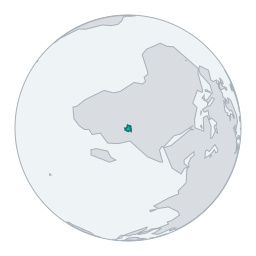 the Earth from above Tabora, rotated 88°
{"feature_id": "TZA-3359", "entity_name": "Tabora", "entity_type": "Region", "adm_level": 1, "iso_a3": "TZA", "parent_name": "United Republic of Tanzania", "parent_adm1": "", "projection": "orthographic", "projection_center": [32.512, -5.492], "detail": "coarse", "context": "on_globe", "style": "filled", "palette": "teal", "viewbox_px": 256, "rotation_deg": 88, "n_neighbors": 0, "source": "natural_earth", "source_scale": "10m", "svg_char_len": 6071}
<svg xmlns="http://www.w3.org/2000/svg" viewBox="0 0 256 256"><g transform="rotate(88 128 128)"><circle cx="128" cy="128" r="113" fill="#eef3f6" stroke="#a8b0b8"/><path d="M16.0,116.4L16.3,118.6L16.4,123.2L16.2,126.3L16.7,126.8L16.7,128.8L20.7,130.4L24.2,134.6L25.1,141.5L24.1,149.9L27.8,167.0L27.3,173.5L30.3,180.4L35.2,190.8L34.5,190.7L37.9,195.2L40.2,198.4L40.5,198.9L35.7,192.5L31.3,185.8L27.4,178.7L24.1,171.4L21.2,163.9L19.0,156.2L17.2,148.4L16.0,140.4L15.4,132.4L15.4,124.4L16.0,116.4ZM63.3,220.2L63.5,220.3L63.3,220.2ZM58.6,216.6L57.3,215.4L58.0,215.8L59.0,216.8L58.6,216.6ZM228.7,77.5L231.2,83.4L230.7,85.1L231.3,86.9L229.5,84.1L229.6,87.2L234.7,99.6L235.3,102.9L234.3,108.1L233.9,105.5L229.3,98.0L230.1,105.8L233.7,113.6L234.9,122.1L233.0,118.7L231.5,111.3L229.8,108.4L229.1,101.5L225.4,90.9L223.3,92.1L222.3,88.1L216.9,79.5L213.3,81.1L208.3,90.3L209.5,100.7L206.9,104.9L199.1,89.3L195.6,79.5L192.7,80.1L184.7,71.8L170.7,70.5L168.7,68.1L166.1,69.1L160.4,66.6L157.5,62.8L154.0,63.0L162.0,73.1L165.7,73.0L168.8,69.3L170.3,73.0L175.8,76.6L169.6,85.3L148.9,93.1L147.0,85.5L131.7,65.8L132.2,63.6L132.1,63.4L131.9,63.0L130.5,66.4L127.8,62.8L135.9,76.0L137.2,82.0L148.6,93.6L147.5,94.8L151.2,97.3L163.1,94.6L163.2,97.2L157.5,109.4L141.1,126.5L143.3,138.5L142.3,148.8L132.2,155.8L133.3,164.0L128.1,167.0L127.9,171.7L123.9,176.8L117.0,181.7L105.2,182.3L104.3,178.0L98.2,169.9L89.6,150.5L92.4,141.4L91.2,134.6L82.7,120.3L84.6,112.1L82.3,108.9L77.7,110.1L75.1,106.3L72.3,106.5L55.1,111.3L50.0,106.9L44.4,92.8L47.6,86.4L48.5,79.7L71.2,55.6L75.6,56.2L93.0,52.1L95.1,52.7L92.7,57.4L105.4,62.4L110.0,58.3L121.9,61.2L130.1,61.1L133.8,52.4L120.3,52.4L118.4,48.5L129.5,44.9L141.3,45.7L140.9,44.2L133.8,40.8L136.8,38.4L131.3,39.5L133.3,41.0L129.9,41.9L127.9,40.7L129.1,39.8L125.6,39.2L121.0,44.2L122.5,46.2L113.2,47.4L114.9,51.1L112.2,52.9L108.5,47.5L109.1,45.5L101.9,40.6L100.4,42.7L107.1,47.7L104.9,47.4L102.9,50.8L102.6,48.0L95.7,42.5L87.6,44.6L76.6,53.9L72.0,55.3L68.4,54.3L73.0,45.6L82.8,43.6L84.6,41.1L83.1,38.1L86.2,37.9L86.9,36.6L90.6,36.0L96.4,32.6L100.3,32.0L103.2,28.5L105.5,27.9L103.2,30.0L103.7,31.4L113.4,30.7L115.5,29.9L116.5,27.8L119.1,28.1L118.8,26.3L124.7,25.5L117.3,25.0L118.3,23.2L122.1,21.8L121.1,21.2L114.9,23.5L113.7,24.6L114.7,25.6L110.0,29.2L106.6,30.0L106.4,26.3L101.5,27.3L103.5,24.5L119.0,19.1L125.2,18.4L134.4,20.4L132.7,21.2L128.5,20.8L131.9,22.6L131.8,21.7L134.0,22.2L135.5,21.0L137.1,21.2L135.8,19.8L137.9,20.0L138.7,20.9L142.7,19.8L147.2,20.3L147.4,20.0L146.2,19.5L152.7,20.7L152.5,20.4L150.3,19.9L148.6,19.1L148.0,18.3L150.2,18.7L150.8,19.1L155.3,20.8L156.3,21.9L157.2,22.1L156.8,21.2L151.3,19.1L150.3,18.5L153.2,19.4L152.1,19.0L152.3,18.9L154.6,19.3L151.6,18.4L151.0,17.7L159.2,19.8L167.2,22.4L175.0,25.6L182.6,29.5L189.8,33.8L196.7,38.7L203.2,44.1L209.3,50.0L214.9,56.3L220.0,63.0L224.6,70.1L228.7,77.5ZM63.0,66.8L62.3,68.8L63.0,66.8ZM153.6,51.4L160.8,52.2L157.7,47.0L160.2,47.0L158.2,45.3L157.4,46.6L152.7,42.4L155.8,41.3L155.0,39.3L152.6,39.0L147.6,41.8L154.4,47.7L152.7,49.7L153.6,51.4ZM86.5,31.3L87.6,31.7L85.9,33.2L81.0,34.9L83.4,32.7L86.5,31.3ZM89.6,32.1L90.8,28.6L93.9,27.7L92.0,28.7L93.9,28.5L91.3,30.2L93.0,33.2L91.7,34.7L83.3,36.5L86.8,34.9L85.5,34.4L89.6,32.1ZM88.5,24.2L89.1,23.4L95.1,22.3L93.8,23.1L88.8,24.6L87.4,24.6L88.5,24.2ZM115.5,16.1L116.0,16.0L112.7,16.4L113.2,16.4L110.6,16.7L108.3,17.2L106.9,17.5L106.6,17.6L104.9,18.0L104.0,18.3L101.2,18.9L99.8,19.4L99.2,19.4L97.7,20.1L97.6,19.9L95.4,20.6L96.7,20.4L83.4,24.6L78.0,27.1L73.5,29.5L73.8,29.3L81.7,25.3L89.9,22.0L98.3,19.4L106.8,17.4L115.5,16.1ZM97.8,50.8L99.5,50.9L102.1,50.5L100.9,52.9L97.8,50.8ZM92.9,47.1L94.5,46.7L94.1,49.5L92.4,49.5L92.9,47.1ZM95.7,44.3L94.6,46.5L94.1,45.3L95.7,44.3ZM104.7,29.7L106.4,29.3L106.4,29.7L105.3,30.6L104.7,29.7ZM121.2,16.5L120.1,16.4L120.7,16.3L120.4,15.9L122.8,15.8L123.9,15.9L121.2,16.5ZM131.3,53.9L128.8,55.5L127.6,54.7L128.7,54.3L131.3,53.9ZM114.0,53.9L117.8,54.9L113.6,54.5L114.0,53.9ZM123.7,16.3L123.4,16.1L124.8,16.1L123.7,16.3ZM124.5,15.7L126.3,15.7L123.1,15.7L124.5,15.7ZM172.2,206.4L172.6,208.0L171.0,208.0L172.2,206.4ZM161.5,147.6L153.7,165.8L148.4,165.8L147.5,160.3L150.4,149.2L156.6,146.2L159.6,141.3L161.5,147.6ZM238.9,146.0L238.9,147.1L238.8,147.6L238.9,146.0ZM238.9,143.5L239.1,144.3L238.7,144.5L238.9,143.5ZM239.2,144.7L239.4,144.4L239.5,143.9L239.4,144.9L239.2,144.7ZM238.7,143.1L236.2,140.5L234.9,138.2L235.5,136.5L237.6,138.4L238.7,143.1ZM235.3,136.4L233.0,129.6L227.7,112.4L229.6,113.2L234.7,124.3L234.4,125.9L235.9,130.9L235.3,136.4ZM240.0,129.8L239.7,134.7L238.6,132.9L237.9,131.4L237.5,124.7L237.8,121.7L238.4,122.3L239.3,113.5L239.9,116.8L240.0,120.7L240.4,125.6L240.0,129.8ZM210.0,101.7L212.6,108.3L211.0,109.1L210.0,101.7ZM238.6,106.9L239.0,110.7L238.3,105.3L238.6,106.9ZM237.5,101.7L238.1,104.1L237.5,101.5L237.5,101.7ZM232.3,89.9L231.7,90.0L231.2,88.4L231.6,87.5L232.3,89.9ZM143.6,17.0L141.3,17.4L141.3,18.1L143.7,18.9L139.3,18.2L139.4,17.1L143.6,17.0ZM133.9,15.7L133.1,15.8L131.9,15.7L133.9,15.7ZM222.2,189.8L219.9,191.7L220.4,189.9L222.7,186.7L227.8,175.8L227.9,176.3L230.9,169.3L234.0,165.5L236.2,159.3L233.6,167.3L230.3,175.1L226.5,182.6L222.2,189.8ZM240.6,130.2L240.6,131.5L240.3,136.4L240.2,137.9L240.1,139.0L240.5,132.9L240.0,138.4L240.0,137.9L240.3,132.8L240.5,127.2L240.6,125.1L240.6,125.3L240.6,126.5L240.5,127.1L240.6,130.5L240.6,129.7L240.6,130.2ZM237.4,101.3L237.3,100.8L235.0,92.8L237.4,101.3Z" fill="#d9dde1" stroke="#a8b0b8" stroke-width="1"/><path d="M131.5,125.1L130.8,126.2L130.8,127.3L131.4,127.8L131.0,128.2L131.1,128.4L130.9,129.4L130.0,130.2L129.9,130.9L129.5,130.9L129.0,130.7L128.5,130.9L128.3,131.1L128.1,131.2L128.1,130.4L128.4,129.8L128.0,129.7L127.4,129.2L127.1,128.5L126.7,128.4L126.3,128.7L125.6,128.6L125.3,128.5L125.3,128.3L125.1,128.2L125.5,127.9L125.5,127.0L125.8,126.7L126.0,126.3L125.9,125.8L126.0,125.6L126.4,125.5L126.3,125.3L126.4,125.1L126.9,125.3L126.9,125.9L127.4,125.7L127.8,125.8L128.0,125.4L128.2,125.6L128.4,125.6L128.3,125.4L128.4,125.0L128.7,124.9L129.2,125.0L130.1,124.8L131.0,125.1L131.5,125.1Z" fill="#14b8a6" stroke="#0f766e" stroke-width="1.5"/></g></svg>